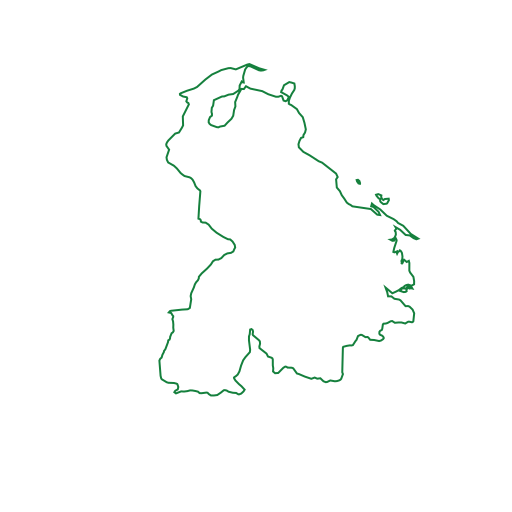 outline of Venezuela, rotated 40°
{"feature_id": "VEN", "entity_name": "Venezuela", "entity_type": "country or territory", "adm_level": 0, "iso_a3": "VEN", "parent_name": "South America", "parent_adm1": "", "projection": "robinson", "projection_center": [-65.797, 6.433], "detail": "fine", "context": "isolated", "style": "outline", "palette": "green", "viewbox_px": 512, "rotation_deg": 40, "n_neighbors": 0, "source": "natural_earth", "source_scale": "50m", "svg_char_len": 6163}
<svg xmlns="http://www.w3.org/2000/svg" viewBox="0 0 512 512"><g transform="rotate(40 256 256)"><path d="M414.0,198.2L418.5,204.9L418.5,205.6L418.1,206.5L415.3,208.0L414.7,208.8L413.7,211.8L410.2,213.4L407.8,215.4L405.3,217.9L402.1,218.3L401.1,219.5L399.8,222.8L398.9,224.2L397.2,225.9L397.2,226.9L399.5,230.6L399.9,231.8L399.2,233.5L399.3,234.8L400.5,236.3L402.0,236.6L403.3,236.0L405.1,236.0L406.2,236.4L406.7,236.9L406.8,238.0L406.1,240.4L405.0,242.0L400.5,244.4L397.3,246.8L394.8,246.3L393.6,246.3L392.0,247.8L388.0,248.4L387.0,248.9L386.3,250.1L385.6,251.8L386.9,255.6L386.9,257.3L387.5,262.0L386.7,263.1L385.2,264.3L383.3,266.5L381.2,269.5L381.5,270.4L396.8,289.6L398.5,290.6L400.2,295.3L400.2,296.5L399.6,298.0L398.4,299.8L396.9,301.3L392.9,303.6L391.5,306.7L390.6,307.8L388.2,308.6L383.9,308.3L381.8,310.6L379.1,311.4L377.3,314.5L370.9,317.0L364.6,318.9L362.9,319.7L356.7,318.1L355.2,318.6L351.9,321.2L350.6,321.3L349.5,321.9L348.8,324.0L348.2,331.3L346.0,333.5L343.3,333.5L341.4,330.9L339.2,329.0L335.4,324.5L334.4,323.9L333.4,323.9L329.8,325.3L326.8,324.0L317.9,324.3L316.7,323.1L315.5,320.6L313.8,318.9L312.3,318.6L304.6,318.6L303.7,318.1L302.4,315.9L301.1,314.9L299.5,314.9L298.8,316.1L301.5,320.0L302.3,322.1L304.8,325.1L311.8,331.6L313.1,333.6L312.9,340.3L313.2,344.1L315.0,349.5L317.5,355.1L318.2,358.6L317.8,361.2L317.3,362.6L317.3,363.3L317.9,363.8L320.3,364.6L325.4,365.1L328.5,365.1L333.2,365.7L333.5,367.7L333.1,370.9L332.1,372.7L331.4,373.3L328.8,373.7L326.1,375.7L322.2,377.6L320.0,377.9L318.3,378.8L317.6,379.6L316.9,383.2L315.7,387.4L313.5,389.8L311.1,391.8L308.7,392.1L306.8,391.9L305.8,392.5L302.4,396.2L300.9,397.3L298.8,397.2L296.5,398.3L293.7,399.9L291.9,401.3L290.3,403.6L288.0,406.1L285.7,407.8L283.0,412.7L281.0,412.8L280.8,411.1L281.8,408.5L280.7,406.3L278.8,405.1L278.0,404.7L277.1,404.9L274.8,406.0L270.4,409.4L268.8,410.1L263.0,411.0L261.9,410.6L259.9,409.1L249.2,398.2L248.7,396.3L249.0,394.5L247.8,391.8L247.2,388.9L246.6,387.9L246.5,385.7L244.0,378.6L243.0,377.0L243.5,375.6L243.0,374.2L242.2,373.1L241.0,369.4L241.4,367.9L241.1,366.3L238.7,364.1L236.8,361.7L234.5,359.4L232.5,358.1L231.8,356.0L231.3,355.3L230.1,355.1L227.7,354.2L225.5,355.3L225.5,353.6L226.1,352.6L233.8,344.6L237.7,340.9L238.1,340.3L238.7,338.3L234.2,330.8L231.7,328.7L230.3,326.1L228.6,320.0L227.4,317.0L227.0,314.6L227.1,312.0L226.6,310.0L225.6,308.6L225.6,304.2L226.6,297.0L226.9,291.5L226.4,287.7L227.3,284.9L229.5,282.9L230.8,279.9L231.0,275.7L232.4,272.4L234.8,269.7L235.7,267.1L234.9,264.5L234.6,262.9L232.6,261.2L228.8,260.0L225.6,259.9L223.7,261.2L218.7,262.4L210.8,263.5L204.5,263.5L199.6,262.4L196.0,262.8L193.5,264.7L191.7,265.1L190.7,264.1L189.5,263.8L187.9,264.4L180.4,254.3L171.8,242.2L171.0,241.8L167.7,241.9L164.8,241.3L161.3,239.4L158.4,238.3L156.4,238.1L154.6,238.4L149.8,240.7L147.0,240.9L144.9,240.9L139.1,239.8L135.2,239.6L128.6,240.8L125.9,239.6L124.0,237.9L121.1,230.4L116.6,229.2L115.4,228.1L114.8,226.2L114.6,223.8L115.4,214.2L117.6,210.9L116.8,205.4L116.2,202.8L110.2,196.1L107.1,183.0L105.8,182.3L104.5,182.6L103.2,182.3L102.0,179.4L100.9,178.9L97.6,180.7L94.2,181.4L93.5,180.7L93.7,179.8L96.9,173.8L100.8,167.7L102.2,164.4L103.8,153.3L105.6,145.3L108.7,138.8L109.9,135.9L114.1,129.9L115.8,128.3L120.6,126.0L126.3,114.9L127.6,113.2L137.7,110.2L142.9,107.9L142.2,109.1L140.6,110.8L138.9,111.8L129.7,114.3L127.6,115.8L127.6,118.2L127.8,120.1L130.5,126.2L131.5,127.7L135.1,131.0L134.3,131.5L132.9,131.5L133.9,135.9L136.1,138.8L136.2,140.7L134.4,146.6L131.3,150.0L129.1,154.1L127.4,155.7L123.6,163.7L126.5,168.4L126.9,170.9L129.3,174.3L130.9,175.4L132.0,176.8L131.5,179.1L132.5,182.3L133.8,184.0L135.4,184.6L137.4,184.6L143.1,182.5L144.5,181.6L145.3,179.9L148.2,176.4L148.4,172.0L149.0,166.7L148.4,163.2L145.4,158.3L144.1,154.7L141.1,151.5L139.3,145.9L138.6,144.1L137.4,137.4L139.4,135.9L139.2,132.4L144.1,131.4L154.8,125.7L161.4,124.2L168.9,121.2L170.7,119.7L172.2,117.2L173.3,116.9L177.2,119.2L179.2,118.4L179.9,116.6L178.9,113.0L176.6,113.0L169.9,114.3L169.2,112.8L169.2,111.4L167.7,107.2L169.7,101.4L171.6,100.4L174.5,99.2L176.6,101.0L177.9,102.6L178.6,104.2L179.1,108.5L180.2,112.9L181.4,116.0L183.3,118.3L184.8,118.1L185.9,117.7L192.9,117.2L197.1,118.8L202.6,119.6L207.6,122.9L212.8,127.0L214.2,129.9L214.6,132.8L215.8,134.6L214.6,136.6L215.3,139.8L216.7,143.1L219.0,145.2L225.4,145.8L232.4,144.4L243.1,143.1L246.6,142.0L264.4,141.4L267.8,143.0L268.1,145.8L273.9,151.6L278.6,152.4L282.6,154.3L286.7,155.3L291.2,156.7L293.7,156.6L295.6,156.1L297.9,156.0L313.8,146.2L322.3,146.4L324.7,144.9L321.6,143.4L314.5,142.9L312.3,143.9L311.1,141.3L313.4,141.4L321.3,140.5L330.3,141.1L337.7,139.3L341.4,139.0L343.5,139.4L349.4,138.2L360.4,139.6L369.1,138.4L368.1,140.1L365.3,141.0L360.6,141.4L357.1,143.7L349.6,143.3L344.3,144.2L346.0,144.8L346.0,147.3L346.7,147.7L347.5,147.8L349.3,149.6L349.8,150.8L350.4,153.2L349.6,155.9L348.5,157.1L350.7,156.7L351.9,155.5L351.7,154.2L351.9,152.7L353.1,153.2L353.9,153.9L356.7,160.9L358.6,164.6L359.6,164.3L360.1,163.6L361.0,161.9L361.7,163.0L362.6,163.5L362.2,161.9L362.7,159.9L362.6,159.2L363.4,159.1L364.4,159.3L365.9,159.9L368.5,162.2L370.2,164.6L370.4,165.9L371.0,166.7L372.1,167.5L372.6,168.7L372.7,166.8L372.1,165.4L371.9,163.7L375.3,163.7L376.2,161.5L378.0,162.8L382.9,168.7L384.7,169.6L390.0,170.8L393.3,173.6L395.3,176.1L394.2,178.8L391.0,180.1L389.8,181.7L389.1,183.4L389.1,185.0L388.1,186.9L387.4,190.2L386.1,193.4L384.4,196.9L375.5,196.9L379.8,199.4L383.1,202.0L385.7,199.9L389.5,199.8L393.6,197.4L395.2,197.1L402.8,198.3L404.7,196.6L406.2,196.1L410.4,196.4L414.0,198.2ZM321.9,127.8L322.6,131.4L322.4,132.0L320.2,134.4L316.9,134.5L315.8,134.1L314.4,132.5L313.0,133.0L309.6,132.4L308.6,131.9L309.9,130.0L313.1,129.0L313.8,130.2L315.5,131.2L317.6,131.3L318.1,129.5L320.8,126.8L321.9,127.8ZM392.4,188.7L388.9,190.1L388.7,187.4L389.1,186.6L392.4,184.0L392.9,184.5L392.8,185.1L394.0,186.1L393.7,187.3L392.4,188.7ZM289.2,133.9L287.9,134.5L285.5,133.9L284.3,133.1L285.1,132.1L287.0,132.1L288.9,133.3L289.2,133.9ZM394.6,182.2L391.8,183.1L391.8,182.3L392.6,181.1L394.1,180.7L394.6,180.3L395.6,180.0L396.7,180.4L395.4,181.1L394.6,182.2Z" fill="none" stroke="#15803d" stroke-width="2"/></g></svg>